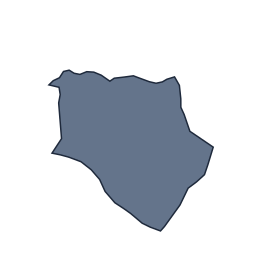 Fitri, Batha, Chad (orthographic projection), rotated 126°
{"feature_id": "50815135B60006364885554", "entity_name": "Fitri", "entity_type": "district", "adm_level": 2, "iso_a3": "TCD", "parent_name": "Chad", "parent_adm1": "Batha", "projection": "orthographic", "projection_center": [17.521, 12.811], "detail": "fine", "context": "isolated", "style": "filled", "palette": "slate", "viewbox_px": 256, "rotation_deg": 126, "n_neighbors": 0, "source": "geoboundaries", "source_scale": "gbopen_adm2", "svg_char_len": 750}
<svg xmlns="http://www.w3.org/2000/svg" viewBox="0 0 256 256"><g transform="rotate(126 128 128)"><path d="M93.4,47.8L94.3,76.0L84.1,90.5L80.2,97.4L73.4,102.4L63.3,111.5L59.3,120.4L65.7,125.2L70.5,127.3L75.3,131.6L78.0,137.9L81.5,150.2L82.6,154.3L89.1,161.1L95.8,168.4L100.8,170.2L101.0,180.7L102.9,188.5L106.7,194.5L112.9,198.4L115.4,203.8L115.8,209.6L120.2,213.4L120.4,213.4L127.6,213.0L133.7,216.3L139.6,217.3L135.6,207.7L140.8,202.5L148.5,198.8L175.7,175.5L193.0,174.7L189.5,167.0L186.5,159.1L182.9,146.2L183.4,133.2L186.3,120.7L192.8,109.2L196.2,94.7L195.7,84.4L195.6,75.6L196.7,60.5L195.1,51.5L192.2,41.2L186.3,40.6L159.7,40.7L141.3,44.0L131.3,40.9L120.8,38.7L110.8,41.8L93.4,47.8Z" fill="#64748b" stroke="#1e293b" stroke-width="1.5"/></g></svg>